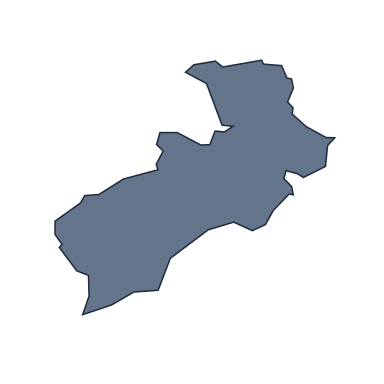 Vraneshtitsa, Vraneštica, North Macedonia (Robinson projection), rotated 193°
{"feature_id": "65306769B74199760072032", "entity_name": "Vraneshtitsa", "entity_type": "district", "adm_level": 2, "iso_a3": "MKD", "parent_name": "North Macedonia", "parent_adm1": "Vraneštica", "projection": "robinson", "projection_center": [21.041, 41.503], "detail": "fine", "context": "isolated", "style": "filled", "palette": "slate", "viewbox_px": 384, "rotation_deg": 193, "n_neighbors": 0, "source": "geoboundaries", "source_scale": "gbopen_adm2", "svg_char_len": 874}
<svg xmlns="http://www.w3.org/2000/svg" viewBox="0 0 384 384"><g transform="rotate(193 192 192)"><path d="M236.6,242.7L237.2,230.3L229.3,225.4L233.1,211.0L230.2,206.0L261.8,189.2L282.2,168.6L295.7,164.4L298.2,156.2L318.9,132.8L316.0,120.0L306.9,111.7L308.8,108.1L286.5,89.2L274.1,87.4L268.9,67.4L270.9,47.9L244.9,63.9L226.2,81.4L202.9,88.6L198.2,122.6L167.7,158.8L144.6,172.0L124.5,167.9L113.1,176.8L108.6,192.4L96.9,211.9L92.7,212.0L96.1,219.7L105.4,225.7L105.2,233.9L93.3,233.5L86.7,231.2L67.7,247.0L70.3,267.7L65.1,277.0L73.7,275.2L95.5,281.4L112.0,290.6L112.5,296.7L119.1,301.3L116.6,316.1L120.4,324.5L125.2,324.5L133.1,335.3L151.1,332.7L153.8,336.1L190.1,320.7L198.8,324.8L218.8,316.4L225.3,307.2L202.2,300.9L177.7,263.8L166.9,265.3L174.0,257.8L183.2,256.6L185.3,242.1L194.0,239.8L219.8,246.6L236.6,242.7Z" fill="#64748b" stroke="#1e293b" stroke-width="1.5"/></g></svg>